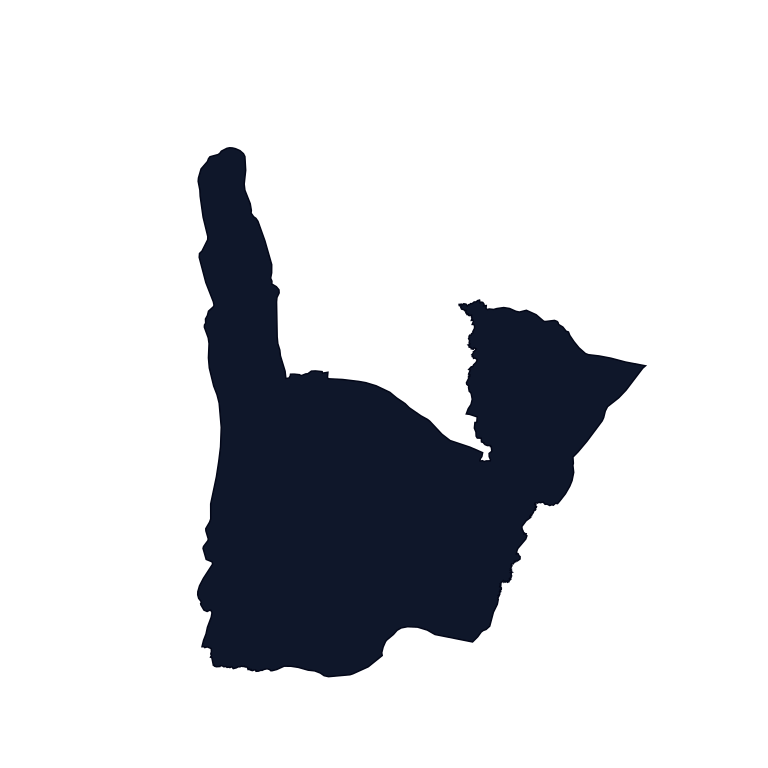 Khemarat, Ubon Ratchathani, Thailand (Equal Earth projection), rotated 252°
{"feature_id": "78962969B49998456253138", "entity_name": "Khemarat", "entity_type": "district", "adm_level": 2, "iso_a3": "THA", "parent_name": "Thailand", "parent_adm1": "Ubon Ratchathani", "projection": "equal_earth", "projection_center": [105.125, 15.95], "detail": "fine", "context": "isolated", "style": "filled", "palette": "ink", "viewbox_px": 768, "rotation_deg": 252, "n_neighbors": 0, "source": "geoboundaries", "source_scale": "gbopen_adm2", "svg_char_len": 6159}
<svg xmlns="http://www.w3.org/2000/svg" viewBox="0 0 768 768"><g transform="rotate(252 384 384)"><path d="M126.3,298.4L129.1,298.8L134.1,301.9L138.6,305.9L139.7,307.6L142.9,315.6L145.7,320.3L146.7,325.0L145.9,331.4L142.4,340.8L136.6,349.1L130.0,355.1L111.3,388.5L114.6,395.0L118.1,399.8L118.9,402.2L119.0,405.2L121.0,409.7L133.1,417.5L139.5,423.7L144.0,426.2L145.1,426.0L147.1,428.1L147.7,427.4L148.3,429.2L150.1,429.6L150.4,430.8L151.0,431.0L151.4,430.3L151.8,431.0L152.6,431.1L152.5,432.1L153.8,432.6L154.9,432.4L155.4,431.3L156.0,431.6L155.9,432.4L156.7,433.1L157.9,432.6L157.9,433.4L159.4,434.3L159.3,435.5L160.3,436.7L159.4,437.5L158.5,437.0L158.6,438.0L158.1,438.5L158.8,439.1L158.2,439.5L158.4,440.4L157.3,440.3L157.4,441.8L158.1,441.8L159.1,444.2L159.7,444.0L159.2,443.0L160.3,443.2L160.5,445.0L161.7,445.3L162.0,446.1L163.9,446.1L164.9,446.8L165.3,446.3L165.4,447.5L165.7,447.1L166.8,447.6L167.7,446.6L168.5,447.9L169.2,447.1L171.6,449.5L172.1,448.9L173.4,449.6L173.0,451.3L174.3,452.9L174.3,454.1L175.0,453.8L174.7,454.7L175.0,455.6L174.5,456.1L175.5,459.3L177.8,460.1L179.0,459.3L181.2,459.1L181.6,458.5L181.5,457.4L184.2,458.8L186.2,460.4L192.7,470.9L195.5,473.0L196.7,472.3L197.6,472.9L198.1,471.0L198.7,471.6L199.9,470.8L202.0,470.8L202.3,470.4L205.8,471.0L210.0,476.9L211.9,482.4L212.7,482.5L212.9,481.9L213.4,482.3L213.3,483.6L214.1,483.5L213.9,484.0L215.5,486.1L217.5,487.8L217.3,488.9L218.0,489.6L219.4,489.2L219.5,490.6L220.2,491.1L220.7,490.3L222.2,491.1L222.8,490.1L223.8,490.5L223.9,492.0L223.3,493.0L223.7,495.1L222.8,495.8L222.5,498.9L219.8,500.0L219.3,502.0L217.2,504.1L217.3,506.3L216.4,507.6L217.6,510.2L216.6,512.1L218.5,515.2L223.5,522.6L229.4,529.1L234.0,533.0L241.3,537.1L248.2,538.5L250.1,539.6L256.1,541.1L259.5,547.6L266.8,559.3L281.5,580.1L284.1,582.5L289.9,586.1L293.4,589.6L298.3,602.9L303.3,612.2L319.1,635.0L320.5,638.3L330.2,620.6L338.5,607.7L344.2,597.3L348.7,587.5L350.7,585.0L358.2,580.6L365.5,577.8L372.8,575.7L376.5,575.5L378.0,573.5L382.9,571.7L386.6,568.5L388.9,568.5L390.1,567.9L391.8,565.8L393.5,557.1L394.2,555.4L402.9,550.1L410.1,542.2L410.6,535.0L412.4,531.9L417.0,526.8L419.7,521.5L420.9,514.6L421.0,511.3L422.9,507.1L422.7,505.6L424.2,504.3L427.0,505.5L427.6,502.9L428.9,503.8L431.0,503.2L431.7,502.2L431.5,500.6L434.3,500.8L434.4,498.8L433.6,496.9L434.2,495.1L433.2,492.7L433.7,491.1L433.0,490.1L433.3,489.0L432.4,487.3L434.6,486.7L435.7,484.6L435.1,483.1L435.9,482.6L436.5,480.0L435.3,479.8L434.1,481.4L433.2,480.7L431.3,480.9L429.8,483.2L428.8,483.3L428.6,484.6L426.4,483.8L425.7,484.5L424.5,484.4L424.3,485.8L423.5,485.5L422.7,486.1L422.4,488.6L420.6,487.9L419.7,488.3L417.5,486.7L417.2,488.4L415.9,488.4L413.4,486.3L412.7,488.0L411.1,488.0L409.0,487.3L406.4,484.7L405.3,484.7L404.8,482.8L403.5,481.9L404.0,480.7L403.1,479.6L402.1,479.6L401.2,478.5L398.9,478.8L396.6,477.6L395.9,478.1L395.0,477.6L395.1,476.1L394.2,476.6L392.7,476.4L392.4,477.4L391.4,478.1L390.6,477.8L389.5,479.6L390.4,480.5L390.3,481.2L388.8,482.5L387.1,479.8L387.0,478.9L385.7,478.5L384.6,476.5L383.7,477.3L382.8,476.4L382.0,477.3L380.7,477.1L380.6,478.6L378.3,480.2L376.1,478.3L374.6,475.2L373.1,473.8L373.4,472.3L371.6,469.1L370.6,470.4L367.2,467.5L366.1,468.5L365.2,467.5L365.4,466.9L364.8,466.6L364.6,467.6L359.7,462.8L358.2,462.6L355.9,464.0L354.5,463.3L350.7,462.8L349.0,463.8L347.4,463.9L342.2,463.2L337.6,460.4L334.5,456.5L330.1,453.0L328.7,456.0L323.9,462.5L319.2,460.5L318.9,460.1L319.3,458.6L314.1,456.3L309.9,456.6L305.9,455.5L303.8,456.0L302.4,459.7L298.8,458.8L297.3,460.8L296.7,460.6L295.1,461.4L293.5,463.3L292.6,466.2L291.6,465.9L291.3,466.7L286.7,465.7L285.5,462.5L282.4,461.6L279.2,461.9L278.1,461.3L279.3,457.4L279.3,455.3L280.7,453.9L280.8,451.9L281.4,451.4L283.4,452.8L284.7,454.6L288.2,456.6L297.4,446.2L309.8,429.4L318.3,423.6L334.5,416.0L336.9,414.4L342.3,409.3L353.7,400.6L358.8,398.0L367.0,391.6L374.3,387.0L384.7,376.0L390.9,367.1L394.2,360.9L401.1,346.0L406.2,332.6L407.8,332.3L412.5,334.3L413.3,329.0L414.9,329.0L417.6,322.9L418.7,318.9L417.3,314.7L417.8,312.7L417.5,308.3L418.3,306.8L418.9,306.7L421.2,301.5L422.2,298.1L420.6,297.3L419.0,295.4L419.6,292.4L426.8,293.9L442.8,294.2L448.5,295.4L455.2,295.5L461.9,297.0L495.3,307.2L499.3,308.9L503.0,312.4L506.0,313.2L509.8,311.7L513.8,308.2L516.4,309.2L519.7,308.9L524.4,311.5L532.2,314.1L557.2,315.0L577.7,314.4L581.1,313.4L583.4,311.7L587.6,310.4L590.1,311.5L596.8,312.5L611.3,311.6L617.3,312.8L630.0,318.5L643.3,322.0L646.5,321.5L650.5,319.1L653.7,315.5L655.3,312.9L656.4,310.1L656.7,307.4L655.7,301.2L654.3,299.4L653.5,297.3L653.9,288.7L652.5,286.7L650.2,284.9L645.1,276.5L637.3,271.2L634.2,269.9L625.3,268.8L619.4,267.2L598.5,263.5L578.7,262.0L575.7,260.9L573.7,258.9L566.6,251.9L565.2,248.9L561.6,247.4L535.5,245.9L515.0,247.1L511.4,246.7L510.2,245.6L507.5,239.6L503.7,237.2L501.0,234.3L497.0,233.2L495.6,231.5L493.6,230.7L482.2,231.1L476.5,230.1L463.1,225.1L453.2,222.8L434.7,221.4L425.5,221.9L416.7,221.3L393.0,215.8L374.7,209.1L361.4,202.9L347.5,195.9L323.5,182.1L309.2,177.5L306.5,175.4L301.5,169.8L299.3,169.2L291.0,169.0L289.5,168.2L285.3,162.2L283.6,161.1L272.1,160.7L268.4,165.1L267.7,165.6L265.6,165.3L255.0,152.2L249.1,146.2L244.1,142.8L241.1,141.7L237.4,141.5L234.1,142.7L232.6,142.8L232.0,141.8L230.6,141.6L224.6,142.9L222.3,145.5L222.7,148.2L222.5,149.3L219.7,149.8L215.6,147.6L207.2,140.9L201.3,137.5L196.0,133.2L190.4,129.7L189.6,131.9L188.7,132.1L188.6,134.7L185.8,137.9L182.9,137.2L180.7,135.8L179.5,136.3L177.8,134.6L177.0,135.7L169.3,134.8L169.1,135.6L168.1,135.5L166.9,137.2L166.0,140.7L166.7,141.4L166.0,143.1L164.6,144.2L164.1,146.5L163.0,147.1L162.6,149.2L161.9,149.8L162.2,151.9L159.9,152.7L159.7,155.8L160.1,158.1L159.5,159.6L159.7,161.3L158.8,162.7L158.7,164.1L157.8,164.4L157.4,165.9L156.4,166.5L154.7,166.5L155.0,167.5L154.1,167.4L153.6,169.2L153.1,168.8L152.1,170.2L152.1,172.8L151.4,173.6L150.3,173.5L149.7,175.9L149.8,178.3L149.3,179.6L149.6,181.6L149.3,184.8L147.8,187.0L146.3,187.7L145.9,188.9L145.6,193.8L146.5,201.8L144.3,208.3L141.0,214.9L135.3,223.4L132.6,229.4L128.8,234.1L125.1,236.9L122.8,240.8L118.0,261.8L118.0,264.8L119.9,281.6L126.3,298.4Z" fill="#0f172a" stroke="#020617" stroke-width="1.5"/></g></svg>